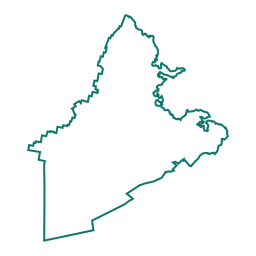 the district of Glenorchy, Tasmania, Australia
{"feature_id": "25037944B30082174620136", "entity_name": "Glenorchy", "entity_type": "district", "adm_level": 2, "iso_a3": "AUS", "parent_name": "Australia", "parent_adm1": "Tasmania", "projection": "equal_earth", "projection_center": [147.273, -42.832], "detail": "fine", "context": "isolated", "style": "outline", "palette": "teal", "viewbox_px": 256, "rotation_deg": 0, "n_neighbors": 0, "source": "geoboundaries", "source_scale": "gbopen_adm2", "svg_char_len": 5827}
<svg xmlns="http://www.w3.org/2000/svg" viewBox="0 0 256 256"><path d="M44.2,240.6L93.5,230.2L92.4,223.3L92.2,220.5L125.0,204.1L129.4,200.6L131.7,199.7L132.9,198.7L126.7,193.7L140.2,184.9L140.4,185.1L144.7,183.5L153.5,181.5L161.6,177.8L165.8,171.9L166.0,172.2L168.8,171.3L169.9,171.9L173.8,170.7L172.6,169.5L176.6,165.5L173.0,162.5L175.5,161.8L178.4,163.7L181.5,160.7L183.4,159.3L183.2,160.2L183.7,160.8L184.7,160.0L189.7,165.9L190.8,165.5L191.3,166.0L195.4,161.1L198.2,158.7L199.9,155.7L202.3,153.8L203.8,153.1L205.1,153.2L206.3,152.8L208.0,153.2L208.2,153.8L208.6,153.7L209.3,154.0L209.8,153.6L210.8,153.7L211.5,153.0L212.2,153.0L213.7,152.6L213.9,152.7L214.0,153.4L215.0,154.1L216.6,152.1L217.5,150.5L218.6,145.6L219.6,145.5L221.0,144.9L221.6,143.9L221.5,142.4L222.0,141.4L221.7,140.4L221.9,139.0L222.5,138.7L224.0,139.5L224.6,139.5L225.1,139.2L227.7,136.4L227.5,135.6L227.7,135.0L227.3,134.3L226.9,132.8L226.9,132.3L227.4,131.7L227.2,131.0L226.1,128.9L224.5,127.5L225.9,128.5L226.1,128.3L221.0,124.3L220.6,124.2L220.3,124.6L220.0,124.4L219.5,124.6L218.8,124.2L217.8,124.1L216.8,123.3L216.2,123.2L215.4,123.6L214.8,122.4L213.8,121.5L213.1,121.2L212.6,121.5L211.9,121.6L211.8,121.2L211.1,120.8L209.4,120.9L208.2,120.5L207.4,120.8L206.0,122.8L207.8,124.4L208.3,126.4L208.1,126.6L208.1,127.1L207.4,128.0L207.5,129.1L207.9,129.8L207.9,130.4L207.2,131.1L206.9,130.7L206.4,130.5L205.3,130.8L204.7,130.7L203.6,128.1L203.9,127.2L203.6,125.6L202.9,125.6L201.8,126.2L201.5,126.8L201.1,127.0L200.6,126.9L199.9,126.0L200.6,125.1L200.6,124.7L200.0,124.8L199.1,125.5L197.6,124.9L197.3,124.6L197.4,124.4L197.6,123.8L198.6,123.4L200.0,121.8L200.4,121.9L200.6,122.2L201.0,122.1L202.1,123.3L203.2,122.8L203.6,122.1L203.3,122.2L202.7,121.5L202.8,121.2L201.8,119.9L201.5,118.3L201.0,117.6L200.4,117.3L200.3,116.9L201.9,116.8L202.9,118.0L204.1,118.5L205.0,118.5L206.2,118.1L207.2,117.1L208.5,116.8L209.5,116.9L209.8,116.5L208.4,113.7L206.8,112.3L203.6,111.5L200.6,109.9L200.1,109.8L199.0,110.6L198.5,110.8L197.7,110.6L197.2,110.1L197.2,109.9L197.7,109.8L196.1,109.6L193.9,111.1L188.3,111.8L187.8,111.6L187.8,110.7L187.5,109.9L186.9,110.1L186.2,113.0L185.9,113.6L185.8,114.7L185.2,115.1L184.6,115.9L181.4,117.9L180.7,119.9L180.1,119.2L179.5,119.2L179.7,118.4L178.7,119.7L178.9,119.0L178.5,119.0L178.1,118.6L176.9,119.3L175.2,118.7L174.3,117.7L173.3,117.7L173.3,116.8L172.7,115.7L172.7,115.0L172.4,114.7L171.3,115.0L170.6,114.6L170.3,113.9L170.6,113.4L169.5,112.7L169.7,111.8L169.3,111.1L168.8,110.8L168.7,110.5L168.3,110.5L167.8,109.8L165.7,110.3L164.9,110.2L164.3,109.9L164.1,109.1L163.4,108.2L161.7,107.3L161.2,106.2L161.2,105.2L162.4,104.5L162.2,103.8L161.1,103.8L161.1,105.0L160.2,105.7L158.7,105.9L158.0,105.8L157.4,105.4L156.7,105.6L156.0,104.9L155.4,103.3L155.6,101.6L156.8,100.1L157.5,100.0L158.3,100.2L158.8,101.6L159.6,102.0L161.9,102.0L162.8,101.4L162.8,99.7L162.0,96.6L161.6,96.0L160.0,98.0L158.8,97.8L158.1,96.8L158.5,96.1L158.6,95.4L158.2,94.1L157.4,93.5L157.4,95.1L157.2,95.4L156.3,96.1L155.2,96.2L154.5,95.8L153.8,94.6L153.4,93.4L153.5,92.5L154.6,92.0L155.7,90.6L157.0,90.5L157.7,91.1L158.4,90.7L158.5,88.9L156.8,87.8L156.8,87.3L157.3,86.0L159.0,85.0L160.0,85.1L160.5,84.8L162.1,84.5L162.2,83.6L163.5,81.8L165.0,80.3L166.4,79.5L166.5,79.1L166.2,78.9L165.3,78.8L163.3,79.2L162.5,78.2L162.5,77.3L161.4,77.0L160.7,77.3L159.4,76.8L159.2,75.7L158.8,75.9L158.7,76.4L158.8,76.9L158.2,77.1L158.7,76.8L158.4,76.6L158.4,76.0L158.3,75.9L158.6,75.7L158.9,75.3L157.9,75.7L158.2,75.4L157.9,74.7L159.2,72.7L159.9,72.0L160.5,72.1L161.1,73.0L163.1,73.6L163.7,74.0L164.1,74.6L166.5,74.9L171.5,77.0L173.2,78.1L173.7,77.5L173.6,76.7L174.2,76.8L175.5,76.2L176.2,75.7L176.7,74.6L177.3,73.8L178.6,73.5L179.2,72.9L180.1,72.9L181.4,72.2L181.6,71.9L181.5,71.2L181.9,70.8L184.0,70.8L184.9,70.1L184.1,68.7L183.2,68.4L181.1,68.2L180.3,68.6L179.3,68.4L177.7,68.7L177.4,68.6L177.1,68.2L176.0,70.2L175.3,70.7L171.8,71.3L170.2,71.2L168.2,68.6L167.3,68.2L166.9,67.5L166.9,66.6L163.8,64.9L161.7,63.0L161.4,63.2L161.0,65.0L161.2,67.3L160.7,68.4L159.7,68.5L159.0,68.4L158.6,67.2L157.9,66.7L158.0,66.0L157.0,66.1L155.8,65.2L153.9,65.9L152.7,65.6L152.1,64.8L152.4,63.1L152.8,62.3L153.3,61.8L154.4,62.4L155.3,61.7L155.2,60.6L154.8,59.9L155.3,59.1L155.7,59.2L156.5,60.2L156.9,60.2L157.0,59.6L156.2,57.9L156.5,57.0L157.0,56.8L156.9,56.5L156.2,55.8L156.2,55.4L156.5,55.1L157.5,55.2L158.1,52.9L158.0,50.6L157.2,48.4L156.4,47.0L155.8,46.6L155.2,46.0L155.4,45.4L154.1,43.2L153.4,41.7L153.3,39.3L153.6,38.4L153.6,37.6L153.4,36.6L152.7,35.9L150.9,36.2L150.3,35.7L150.0,36.1L149.5,36.0L149.5,36.8L149.1,37.3L148.5,37.3L147.4,35.7L146.7,35.6L146.2,34.4L145.4,33.6L144.4,33.8L143.8,34.8L143.3,34.9L142.9,34.6L142.2,33.8L142.1,31.1L141.7,30.5L140.3,29.7L138.4,29.5L136.2,27.9L135.6,26.5L135.9,26.0L135.7,25.7L135.4,25.7L135.1,24.7L135.1,24.0L135.3,23.3L135.0,22.2L132.3,19.2L131.3,17.5L130.2,17.1L130.0,16.8L129.7,16.9L129.8,16.7L129.3,16.4L127.9,16.2L126.6,15.4L125.2,15.4L121.0,26.6L119.7,26.2L118.8,28.7L118.3,28.5L114.5,32.7L114.1,32.6L112.7,35.6L111.5,35.2L110.3,38.2L109.0,37.8L105.4,47.3L105.9,47.0L106.7,47.2L105.6,52.6L103.8,52.3L102.9,56.8L100.7,56.3L99.5,61.8L98.6,61.6L97.8,65.5L100.5,66.0L102.9,68.9L101.9,74.0L98.7,73.5L97.3,81.1L94.4,80.6L93.4,85.8L95.9,86.3L95.4,89.3L97.7,89.7L97.4,91.2L97.9,91.3L97.6,92.9L92.6,92.0L91.6,96.4L89.1,95.8L87.8,101.9L81.6,100.3L80.8,103.2L79.1,101.1L74.2,104.2L75.7,106.3L71.9,108.7L73.3,109.7L73.4,111.6L74.8,114.0L74.8,114.7L75.6,114.9L74.5,118.1L72.5,117.5L71.2,121.5L70.2,121.2L69.0,125.1L67.5,124.7L67.1,126.0L63.2,125.3L62.6,127.8L57.5,126.8L56.3,133.0L53.5,132.4L53.6,131.8L50.4,131.2L50.2,132.0L47.6,131.4L46.2,136.1L42.0,135.4L40.8,142.2L35.7,141.4L35.4,143.0L33.8,142.7L33.1,145.8L29.2,145.1L28.3,150.1L40.0,152.0L38.6,159.7L44.9,161.1L44.1,164.8L44.5,187.7L44.2,240.6Z" fill="none" stroke="#0f766e" stroke-width="2"/></svg>